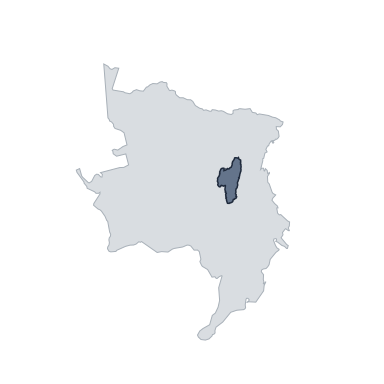 Colombia, with Tolima highlighted, rotated 165°
{"feature_id": "COL-1402", "entity_name": "Tolima", "entity_type": "Department", "adm_level": 1, "iso_a3": "COL", "parent_name": "Colombia", "parent_adm1": "", "projection": "mercator", "projection_center": [-75.185, 4.102], "detail": "fine", "context": "in_parent", "style": "filled", "palette": "slate", "viewbox_px": 384, "rotation_deg": 165, "n_neighbors": 0, "source": "natural_earth", "source_scale": "10m", "svg_char_len": 7143}
<svg xmlns="http://www.w3.org/2000/svg" viewBox="0 0 384 384"><g transform="rotate(165 192 192)"><path d="M220.5,55.7L216.7,57.3L209.3,59.2L204.3,67.6L200.8,69.0L196.6,74.0L193.4,80.1L191.0,92.6L184.7,103.1L185.3,103.6L187.8,103.1L190.1,102.0L191.0,102.3L191.8,104.2L194.7,104.6L197.0,113.1L201.3,117.5L201.8,119.1L202.4,122.7L200.8,124.8L200.4,132.6L201.7,134.5L205.0,135.3L207.1,140.1L208.5,141.3L210.5,142.0L215.2,141.3L223.8,142.1L225.8,141.9L230.7,140.2L236.8,142.3L241.3,142.6L253.6,157.2L254.8,156.8L256.3,157.7L259.4,156.2L262.1,155.9L265.6,156.7L270.2,156.7L279.6,155.2L280.9,154.3L286.0,155.2L287.5,156.2L288.3,159.0L287.7,160.6L285.9,162.3L284.9,164.5L284.7,167.2L283.8,169.1L282.2,170.4L281.5,172.2L281.9,174.6L281.0,185.6L281.7,186.5L282.3,191.0L284.4,196.9L285.4,198.5L287.2,199.9L290.5,204.7L289.8,206.3L281.4,213.9L280.9,215.6L282.6,214.9L285.1,215.6L286.0,217.4L292.3,222.7L292.2,224.7L294.0,228.6L293.7,229.5L298.0,240.7L298.1,243.1L294.5,243.7L294.4,236.2L293.9,234.7L289.8,228.0L289.0,227.4L286.2,228.2L281.7,233.1L279.6,233.9L277.9,233.2L276.2,230.2L275.1,229.7L274.0,232.2L275.4,234.4L255.4,234.3L251.5,233.4L246.2,234.6L246.1,245.9L255.6,246.1L258.2,249.3L257.9,252.0L258.3,252.9L256.1,253.5L252.8,251.7L246.9,253.8L242.6,254.3L242.3,266.8L244.9,270.0L249.9,273.3L250.7,275.6L250.3,277.7L251.5,280.4L253.2,281.9L253.2,283.5L254.0,285.3L244.1,338.5L240.6,335.2L239.3,332.3L237.6,331.1L234.3,332.0L230.7,330.5L242.3,312.5L241.9,310.9L232.2,306.5L231.2,305.3L226.6,303.0L224.1,303.7L222.6,304.8L219.1,305.2L216.3,303.3L212.9,302.0L208.9,305.1L207.7,305.0L204.8,306.4L201.7,306.9L197.7,305.5L194.4,306.5L192.2,306.3L191.3,305.3L188.4,304.2L188.1,303.0L188.9,300.8L187.7,296.4L187.2,295.7L185.0,295.6L182.5,294.0L182.0,293.1L182.5,291.3L182.0,289.7L179.5,286.2L176.1,285.3L172.7,282.4L169.4,281.4L167.8,279.3L166.4,274.6L162.9,270.9L160.5,269.6L159.7,267.9L157.2,267.7L153.8,265.3L152.3,265.1L151.2,266.3L148.1,265.1L145.4,263.3L142.6,262.9L140.8,261.8L137.5,258.4L134.0,256.7L132.0,257.3L131.3,259.9L130.1,260.3L126.0,259.7L125.3,260.2L124.2,260.1L119.3,258.2L114.3,257.5L113.1,253.3L109.9,251.8L109.0,249.8L106.8,250.0L98.3,246.1L94.9,243.5L91.9,242.0L88.8,239.0L88.3,237.8L85.9,236.1L87.1,233.8L89.9,232.1L93.7,233.4L94.2,230.8L92.8,228.5L93.5,223.2L94.5,222.1L96.5,221.0L97.8,221.4L98.6,220.5L101.7,220.9L102.6,220.6L105.0,218.5L106.0,216.8L107.1,216.9L109.6,214.1L109.1,211.3L111.5,210.7L114.0,206.0L115.0,205.9L115.6,203.7L119.9,196.0L118.4,196.9L116.7,196.4L116.9,193.8L116.4,193.5L115.0,195.5L113.8,193.4L114.1,190.1L112.2,190.8L112.3,190.0L115.1,187.5L116.3,181.8L115.3,179.8L114.7,171.3L114.2,169.7L111.9,167.5L115.6,165.1L116.9,163.3L115.2,159.5L113.1,156.3L113.0,154.4L114.3,154.6L114.8,149.3L113.6,147.3L112.1,147.2L107.2,139.4L105.5,137.8L106.8,134.0L108.3,132.4L108.0,129.5L108.9,129.7L111.0,132.3L111.9,131.9L115.1,129.4L115.2,127.1L117.8,124.7L114.1,116.7L112.9,115.4L114.4,112.8L115.3,113.0L116.7,115.5L119.0,117.1L122.4,121.6L123.9,122.6L122.8,123.6L122.6,124.7L123.1,125.3L125.0,125.4L125.8,124.2L125.2,118.7L124.4,116.0L122.7,114.1L123.2,113.3L126.7,111.9L133.9,106.7L136.4,101.8L138.3,100.1L140.4,98.9L143.0,99.2L145.0,98.6L145.7,97.0L144.3,93.6L145.8,89.0L145.8,86.6L146.8,85.2L146.4,84.6L143.8,86.3L146.5,83.0L148.4,78.0L158.9,69.1L165.7,71.3L167.9,71.1L165.1,72.2L164.7,73.5L165.6,74.9L166.7,75.2L167.6,74.4L169.8,69.2L170.2,66.3L171.2,65.4L172.6,65.0L179.3,66.2L185.7,65.8L196.0,58.4L203.8,55.2L205.7,52.2L206.2,49.9L207.6,49.0L209.1,49.0L210.0,47.7L213.6,45.7L217.4,45.5L221.5,47.2L223.4,50.3L223.7,52.4L220.5,55.7ZM101.8,220.0L101.3,220.4L100.4,219.7L100.1,218.8L100.7,218.2L101.4,218.4L101.8,220.0Z" fill="#d9dde1" stroke="#a8b0b8" stroke-width="1"/><path d="M163.8,198.5L163.7,198.7L162.6,199.7L161.9,200.2L161.7,200.4L161.6,200.6L161.4,201.0L161.1,201.2L161.0,201.3L160.8,201.5L160.8,201.9L160.8,202.0L160.8,202.3L160.6,202.6L160.4,202.6L160.2,202.8L160.1,203.0L160.1,203.4L160.1,203.7L160.2,203.9L160.2,204.1L160.1,204.3L159.7,204.6L159.4,205.0L158.7,206.0L157.8,206.9L156.8,207.1L156.0,207.0L155.2,206.8L155.0,206.7L154.9,206.5L155.0,206.4L155.1,206.1L155.1,205.9L155.1,205.6L155.3,205.3L155.4,205.2L155.5,204.6L155.6,204.4L153.9,204.4L153.7,204.4L153.6,204.5L153.3,204.7L153.1,204.9L153.1,205.2L152.8,205.0L152.7,205.0L152.6,204.9L152.3,204.9L152.0,205.1L151.9,205.3L151.7,205.5L151.4,205.3L151.2,205.1L150.9,204.9L150.7,204.8L150.0,204.8L149.9,204.9L149.8,205.0L149.7,205.1L149.6,205.3L149.4,205.4L149.1,205.5L148.9,205.5L148.6,205.7L148.4,205.7L148.2,205.7L147.9,205.7L147.6,205.9L147.3,206.4L146.7,207.1L146.2,207.9L145.9,208.7L145.8,209.4L145.4,209.8L145.2,210.4L144.9,210.8L143.2,212.2L142.5,212.9L142.2,213.7L142.0,213.9L141.8,213.9L141.3,213.9L139.9,213.4L139.5,213.2L139.3,213.0L139.2,212.9L138.9,212.9L138.7,212.9L138.2,213.2L138.2,212.1L138.0,211.4L137.6,211.0L137.3,210.7L137.1,210.6L136.8,210.3L136.8,210.1L136.8,209.9L137.0,209.6L137.1,209.1L137.1,208.8L137.1,208.4L137.4,208.3L137.6,208.0L137.6,207.1L137.7,206.8L137.8,206.7L138.0,206.5L137.9,206.3L137.8,206.2L137.6,205.7L137.8,205.3L137.9,204.8L137.9,204.2L138.0,203.9L138.2,203.5L138.2,203.2L138.4,202.9L138.5,202.7L138.6,202.4L138.8,202.2L138.8,201.6L138.9,200.7L139.1,200.3L139.2,200.1L139.4,199.5L139.5,199.5L139.8,199.1L140.1,198.5L141.2,196.8L141.6,195.8L141.9,195.3L142.1,195.0L142.3,194.3L142.4,194.1L142.6,194.0L143.2,193.8L143.2,193.6L142.9,193.1L143.8,192.1L144.1,191.6L144.2,191.3L144.6,190.8L144.7,190.5L145.1,190.2L145.5,189.6L145.7,189.3L145.9,188.2L146.0,187.0L146.4,186.2L146.9,185.5L147.2,184.7L147.4,184.5L147.8,184.1L148.6,183.6L148.8,183.3L148.9,182.9L149.4,182.1L149.4,181.9L149.6,180.5L150.0,179.8L150.3,179.4L150.4,179.1L150.4,178.8L150.3,178.6L150.0,178.0L150.0,177.8L150.1,177.5L150.7,176.5L150.4,176.1L150.1,175.9L150.3,175.5L150.7,175.0L151.1,174.7L151.3,174.5L151.5,174.5L152.0,174.6L152.3,174.5L152.6,174.3L152.7,174.1L153.2,173.9L153.6,174.1L153.9,174.1L154.0,174.1L154.1,173.9L154.3,173.6L155.0,172.6L155.1,172.2L155.5,172.0L155.7,171.9L156.0,171.8L156.6,171.8L157.2,171.5L157.6,171.5L158.3,171.7L158.6,171.5L159.0,171.5L159.1,171.4L159.7,171.6L160.4,171.9L160.6,171.9L160.7,172.2L160.8,175.1L160.6,176.1L160.6,176.5L160.9,177.1L160.8,177.3L160.5,177.5L160.3,177.6L160.6,178.3L160.6,178.5L160.5,178.8L160.4,179.0L160.2,179.1L160.2,179.4L160.2,179.6L160.3,180.5L160.0,181.0L159.9,181.3L159.7,181.4L159.5,181.5L159.3,181.6L159.2,181.8L159.3,182.0L159.5,182.4L159.5,182.5L159.6,182.8L159.8,182.9L159.9,183.1L159.8,183.3L159.5,183.6L159.4,183.8L159.6,184.0L159.4,184.2L159.6,184.9L159.6,185.6L159.4,186.3L158.2,189.1L158.1,189.6L158.3,189.8L158.7,189.7L159.2,189.6L159.5,189.6L160.0,189.5L160.4,189.9L160.5,190.0L160.9,190.1L161.5,190.7L161.8,190.8L162.0,190.7L162.1,190.8L162.3,190.8L162.4,190.7L162.6,190.5L162.7,190.4L162.8,190.1L163.0,189.9L163.5,189.7L163.8,189.7L164.0,189.8L164.2,190.0L164.5,190.2L164.9,191.1L165.0,191.2L165.1,191.5L165.3,192.1L165.2,192.6L165.0,192.8L164.9,192.9L164.7,193.1L164.6,193.4L164.5,193.6L164.5,193.8L164.6,194.1L164.4,194.8L164.7,195.4L164.7,195.6L164.7,195.9L164.5,196.3L164.0,197.2L163.8,198.5Z" fill="#64748b" stroke="#1e293b" stroke-width="1.5"/></g></svg>